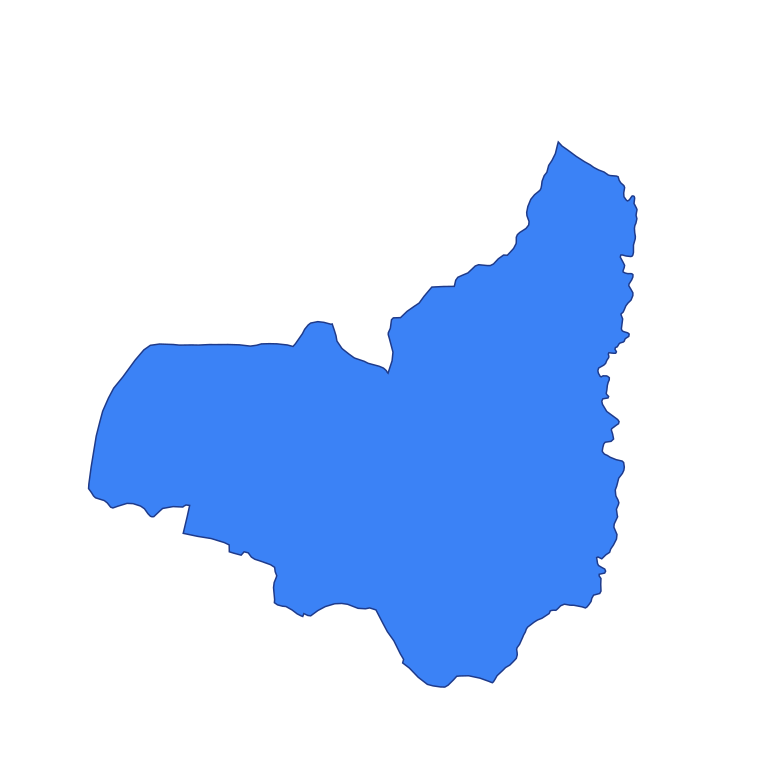 the district of Binh Long, Bình Phước, Vietnam, rotated 105°
{"feature_id": "81297802B43417057118199", "entity_name": "Binh Long", "entity_type": "district", "adm_level": 2, "iso_a3": "VNM", "parent_name": "Vietnam", "parent_adm1": "Bình Phước", "projection": "mercator", "projection_center": [106.575, 11.671], "detail": "fine", "context": "isolated", "style": "filled", "palette": "blue", "viewbox_px": 768, "rotation_deg": 105, "n_neighbors": 0, "source": "geoboundaries", "source_scale": "gbopen_adm2", "svg_char_len": 5295}
<svg xmlns="http://www.w3.org/2000/svg" viewBox="0 0 768 768"><g transform="rotate(105 384 384)"><path d="M548.0,134.9L548.2,131.5L546.8,130.2L543.9,128.9L540.5,127.7L537.2,127.8L533.7,126.9L530.5,121.4L527.9,120.8L521.4,122.8L515.7,124.1L513.7,126.5L512.1,126.9L509.5,121.9L507.4,121.5L505.6,122.9L504.9,125.9L503.8,129.8L502.1,131.3L496.6,133.7L495.7,132.5L496.5,128.4L491.6,125.5L488.2,122.5L484.7,122.3L480.1,120.7L473.6,119.3L469.1,120.0L462.8,124.9L459.6,125.4L451.8,124.0L450.0,124.9L444.8,127.1L439.9,126.4L437.9,126.4L435.3,128.1L432.3,130.9L430.8,131.6L426.5,133.2L422.3,132.8L414.2,132.9L408.7,130.6L405.1,130.0L402.0,130.4L397.8,132.2L396.8,134.0L397.0,140.2L396.2,146.6L395.2,149.7L394.7,152.9L393.3,154.9L392.4,155.8L388.8,156.2L385.0,156.2L383.0,155.3L380.6,149.8L377.7,148.0L373.2,150.2L369.6,152.5L368.2,152.5L363.5,148.8L361.7,147.2L359.5,147.2L357.9,149.0L352.9,161.7L347.1,167.7L344.2,169.2L341.7,168.8L339.5,164.0L337.9,163.8L336.5,166.1L335.6,166.9L332.0,167.2L327.5,167.9L324.3,167.9L321.7,167.5L319.6,168.0L318.7,170.0L318.6,171.2L319.4,174.5L320.9,176.1L320.7,177.1L318.2,179.6L316.4,180.6L315.5,180.9L313.0,180.8L308.9,176.6L306.8,175.3L303.6,174.9L300.3,173.8L299.0,174.0L297.0,175.1L295.5,174.8L295.3,172.7L294.8,169.8L294.3,168.2L292.8,167.8L291.9,168.6L290.7,169.9L288.9,169.9L287.7,168.3L284.5,167.4L283.3,166.6L281.5,163.7L280.4,163.0L278.4,162.9L277.1,162.1L274.7,159.9L272.3,160.1L271.5,161.8L271.4,165.2L271.3,166.5L270.9,167.7L270.2,168.4L269.2,169.0L264.0,169.7L259.4,170.3L256.1,172.7L255.1,173.2L252.6,171.6L249.7,171.1L245.9,170.6L242.7,169.3L239.0,167.1L234.2,166.5L231.5,167.2L228.1,170.5L225.7,173.0L224.0,173.2L219.3,171.7L216.2,171.3L214.0,171.8L213.5,172.7L213.4,173.9L214.3,177.1L214.4,179.6L213.9,182.0L212.8,182.4L209.5,182.1L207.1,182.3L204.5,184.6L200.3,188.6L198.2,188.7L197.7,187.4L197.7,183.3L197.0,178.5L196.2,177.4L195.0,177.0L192.3,177.1L185.2,179.0L178.7,178.9L176.4,179.4L172.9,181.0L168.8,182.4L166.1,182.7L163.5,182.3L158.9,182.5L155.8,184.2L153.2,184.5L150.2,184.7L149.0,185.5L146.2,188.0L145.0,189.2L139.5,190.0L138.1,190.9L137.9,191.7L137.9,192.3L138.3,193.1L139.9,193.7L142.5,194.6L144.1,196.0L143.9,197.1L143.3,198.0L141.0,200.7L137.5,201.9L132.0,202.4L130.3,203.6L128.4,207.4L126.3,209.6L123.2,211.5L123.0,213.2L124.1,219.5L124.1,221.4L122.3,226.3L121.7,232.1L120.5,237.5L119.0,241.4L117.4,247.8L114.4,257.2L110.4,267.3L108.1,273.6L105.1,278.3L108.9,278.3L117.1,278.1L124.5,279.6L130.2,281.5L137.4,281.5L141.3,283.2L147.2,283.8L151.4,283.2L154.4,283.0L156.5,283.5L162.3,287.6L167.6,290.0L175.3,291.0L181.3,290.6L184.4,289.5L189.6,285.9L193.0,285.4L197.0,287.1L202.5,292.1L205.2,293.8L208.0,294.2L212.1,293.1L214.1,292.7L219.5,293.9L224.0,296.2L227.7,298.2L228.5,301.9L233.5,306.0L239.7,309.3L242.1,312.0L242.8,314.6L244.3,323.5L246.4,326.4L255.0,331.7L258.7,336.5L261.8,340.3L265.2,341.6L269.7,341.4L271.4,341.4L271.5,341.4L274.5,352.0L278.0,362.9L288.9,368.0L296.7,371.0L300.9,374.7L307.8,380.5L315.6,385.2L317.7,392.1L320.0,393.4L328.5,392.3L333.5,393.1L335.2,392.7L339.0,390.4L350.9,383.6L359.5,382.2L372.5,382.9L371.6,384.2L370.5,385.2L369.2,387.7L368.7,388.9L368.1,393.3L368.1,402.9L368.1,404.7L367.2,409.0L366.6,418.5L366.4,419.7L364.2,425.5L361.0,432.9L360.4,434.0L355.9,439.2L354.8,440.5L353.4,441.2L349.9,442.8L345.1,445.8L339.4,449.6L340.0,450.6L340.0,458.0L340.9,464.1L344.1,470.6L346.6,472.5L351.7,474.8L356.5,475.8L368.1,480.0L371.3,481.6L371.3,487.4L372.9,497.7L374.7,505.1L377.0,512.8L379.5,517.0L382.0,522.9L383.6,533.8L386.2,544.8L389.4,556.4L391.2,563.2L394.4,573.2L396.0,579.7L397.1,583.6L399.4,591.7L400.4,597.8L403.5,611.2L407.1,619.7L413.2,624.8L425.2,630.5L444.8,638.1L457.9,644.0L468.8,646.5L483.1,648.7L494.2,648.7L508.7,648.5L539.9,645.4L557.0,643.2L561.5,642.3L564.5,638.6L567.3,635.6L568.6,633.2L569.0,624.0L570.5,620.5L573.7,616.2L573.9,613.8L570.9,609.4L565.8,601.3L564.5,595.4L564.9,587.6L566.5,583.1L570.4,578.4L572.2,575.4L572.3,573.7L571.7,572.0L564.7,567.7L561.5,565.6L557.0,556.0L554.9,546.5L553.7,545.6L552.1,543.9L551.6,540.3L562.6,539.8L580.2,539.3L579.4,524.5L578.0,511.0L578.5,497.2L579.5,491.9L586.1,490.0L586.3,485.3L586.3,477.7L582.3,475.7L582.2,471.5L585.5,467.3L586.7,463.5L587.0,457.7L587.9,446.8L589.4,442.2L593.5,440.5L596.9,438.0L598.5,438.0L604.2,438.7L609.3,438.0L620.7,433.8L623.6,433.3L624.9,429.7L624.9,424.5L624.3,421.1L626.1,414.2L628.5,408.4L629.4,404.2L629.6,402.3L626.5,402.0L627.3,397.7L626.9,394.8L619.9,389.2L614.2,383.1L609.0,374.7L606.9,368.0L606.2,362.1L607.4,351.0L605.9,343.7L604.0,339.9L604.3,333.3L615.9,322.7L622.4,316.6L629.5,308.0L640.4,298.4L644.9,293.8L648.6,293.8L651.8,286.0L658.4,275.1L662.9,264.4L662.9,258.5L662.0,251.0L661.0,246.8L658.3,244.1L651.8,240.3L647.5,238.1L646.4,235.2L643.9,226.7L643.3,215.2L644.0,206.8L644.2,204.6L644.3,204.4L644.5,202.0L643.3,201.2L640.4,200.3L636.5,199.3L629.6,195.0L626.4,193.2L622.9,189.7L618.6,187.2L614.8,185.2L611.1,185.2L609.0,185.9L606.0,187.2L604.2,187.2L600.4,185.7L592.9,184.5L590.5,184.2L587.0,183.3L583.9,183.1L581.6,182.3L575.1,177.3L572.2,174.6L569.4,170.8L564.8,166.7L563.0,165.1L561.3,164.8L560.1,164.7L559.4,163.6L558.6,161.7L558.1,159.4L556.3,158.1L552.5,156.0L550.0,152.8L549.8,150.7L549.5,147.0L548.6,143.4L548.3,139.4L548.0,134.9Z" fill="#3b82f6" stroke="#1e3a8a" stroke-width="1.5"/></g></svg>